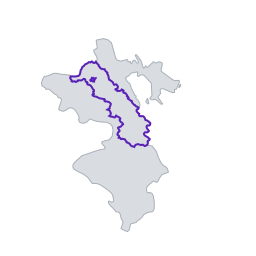 location of Tadzhikistan Territories within Tajikistan, rotated 64°
{"feature_id": "TJK-368", "entity_name": "Tadzhikistan Territories", "entity_type": "Region", "adm_level": 1, "iso_a3": "TJK", "parent_name": "Tajikistan", "parent_adm1": "", "projection": "mercator", "projection_center": [69.993, 38.757], "detail": "fine", "context": "in_parent", "style": "outline", "palette": "violet", "viewbox_px": 256, "rotation_deg": 64, "n_neighbors": 0, "source": "natural_earth", "source_scale": "10m", "svg_char_len": 9252}
<svg xmlns="http://www.w3.org/2000/svg" viewBox="0 0 256 256"><g transform="rotate(64 128 128)"><path d="M45.0,180.2L45.9,178.0L46.3,170.7L47.5,168.2L51.0,163.7L52.9,160.2L54.9,157.4L56.4,156.4L57.8,154.2L58.9,151.7L59.2,150.1L59.1,148.8L58.7,148.0L54.2,143.6L52.8,140.8L52.1,137.3L51.9,134.8L54.3,128.1L53.9,126.9L53.2,125.9L51.8,125.2L49.8,124.9L45.2,125.3L43.5,124.9L43.0,124.4L42.8,121.4L42.4,120.7L41.6,120.1L36.4,118.7L35.4,118.0L35.2,117.3L37.1,110.4L37.9,109.8L39.8,107.5L44.1,105.5L58.0,108.1L60.3,108.4L61.8,108.2L62.9,107.3L64.8,105.1L66.0,98.8L67.2,98.5L68.3,98.9L68.9,98.3L69.3,96.7L69.8,96.6L70.6,97.4L71.5,96.6L71.4,96.0L70.5,95.0L69.6,93.3L70.0,92.2L73.6,91.5L74.0,91.0L73.8,90.0L72.9,89.5L66.0,89.7L65.6,89.2L65.8,88.5L66.3,88.1L73.5,86.8L80.1,87.9L81.2,87.6L79.9,84.8L81.7,84.5L81.9,83.5L79.6,76.0L80.9,75.4L82.1,73.9L82.0,71.1L83.2,69.7L84.5,68.8L86.5,69.7L89.7,72.5L91.7,73.2L101.8,68.0L105.5,65.8L106.1,64.9L107.4,61.5L108.1,61.2L109.1,61.6L114.2,67.4L114.2,68.2L113.7,68.8L113.8,69.4L116.5,70.6L116.5,71.1L115.5,72.8L107.7,79.6L107.4,81.8L108.0,82.5L111.3,83.6L112.9,87.1L114.1,87.5L121.4,86.3L121.5,86.9L121.1,87.9L116.2,89.7L113.9,91.2L113.4,93.8L112.8,94.6L111.8,95.2L110.8,95.3L109.3,92.2L97.7,87.4L87.3,90.7L85.8,93.1L86.3,95.3L86.0,96.3L85.0,96.6L82.0,94.7L81.3,96.3L80.1,101.2L81.3,104.2L81.8,108.5L85.7,108.3L88.9,107.0L90.6,107.0L93.1,107.5L97.5,107.6L101.8,107.5L102.6,106.7L103.5,107.0L104.4,108.0L107.9,106.8L110.5,106.6L113.0,107.3L116.0,112.0L117.6,112.5L122.5,112.0L124.0,109.5L125.2,108.9L128.9,108.2L132.1,106.3L133.6,106.1L134.4,106.7L134.8,107.6L134.4,109.9L135.5,110.7L138.5,110.9L139.9,111.7L139.7,115.3L141.0,116.2L141.7,116.2L146.1,113.9L147.3,113.9L149.8,116.7L151.8,118.3L152.3,118.1L153.1,116.3L154.8,114.3L159.7,113.1L161.6,112.8L167.1,113.6L172.8,113.6L175.8,113.2L178.2,112.0L179.4,111.1L181.4,110.5L185.3,110.9L185.4,112.5L184.7,117.7L186.7,121.5L189.2,124.6L189.4,125.7L189.1,126.5L187.6,127.3L187.0,128.2L186.8,129.2L187.3,130.3L188.2,133.9L189.3,136.8L190.9,138.1L193.3,139.0L194.7,138.8L195.6,136.7L197.2,135.1L200.7,135.1L206.3,137.0L211.8,139.7L213.4,141.2L214.0,142.9L212.5,146.9L212.6,149.4L212.9,152.1L214.2,154.1L215.3,157.5L215.5,160.3L216.5,162.1L215.4,167.3L215.9,168.1L220.3,171.8L220.8,173.8L219.8,175.0L218.1,176.5L215.3,178.4L211.5,174.6L209.8,173.5L206.6,173.9L202.4,172.8L200.2,172.9L198.9,174.2L198.0,175.5L195.9,175.9L188.1,178.4L185.8,178.2L185.2,177.5L185.7,176.6L187.3,175.5L187.7,174.1L187.4,172.8L181.7,171.2L179.3,171.5L175.2,173.1L167.7,177.3L164.4,180.2L162.0,184.5L154.9,185.8L150.0,188.3L144.9,192.3L141.6,194.4L139.9,194.8L138.3,194.4L136.7,193.3L135.1,190.0L132.7,181.5L134.5,167.2L135.5,161.4L136.3,159.3L136.3,157.9L135.6,157.3L134.1,157.3L131.7,158.1L130.0,158.2L129.1,157.7L129.2,155.0L130.4,150.1L128.5,145.9L123.7,142.5L119.5,141.4L116.1,142.4L113.2,145.1L110.9,149.4L108.5,152.9L106.0,155.7L103.7,157.5L103.3,158.7L104.6,162.3L104.5,165.4L103.0,167.8L101.4,169.0L99.6,168.9L98.2,168.3L97.1,167.3L94.3,167.0L89.6,167.5L86.4,168.7L84.7,170.7L84.2,173.4L84.9,176.6L84.5,179.1L81.9,181.8L81.0,182.1L78.9,180.6L75.8,177.3L73.7,175.6L72.5,175.3L71.2,175.8L70.4,177.2L69.4,177.6L68.0,177.3L66.7,177.6L66.0,178.6L63.8,179.8L60.0,181.2L57.9,182.7L57.6,184.2L57.0,184.9L55.8,184.7L52.4,186.8L49.8,186.2L46.8,183.4L45.2,181.1L45.0,180.2ZM115.3,99.2L113.1,100.4L111.9,100.3L110.2,98.0L110.1,97.4L114.4,98.3L115.2,98.6L115.3,99.2ZM114.1,64.4L113.4,64.4L112.1,62.9L111.7,61.9L112.2,61.6L113.3,62.3L114.0,63.6L114.1,64.4Z" fill="#d9dde1" stroke="#a8b0b8" stroke-width="1"/><path d="M133.4,105.8L134.2,106.3L134.6,106.7L135.0,107.2L135.1,107.6L135.0,108.1L134.4,109.0L134.2,109.5L134.7,110.6L135.6,111.0L136.8,111.1L139.2,110.6L139.7,110.5L140.1,110.9L140.3,111.6L140.4,112.4L140.3,113.0L140.0,113.5L139.7,113.8L139.4,114.2L139.4,114.8L139.6,115.4L139.9,115.9L140.3,116.3L140.8,116.4L141.7,116.3L142.6,115.9L144.9,114.3L145.3,114.1L146.2,113.9L147.0,113.4L147.5,113.3L147.9,113.7L148.2,114.3L148.3,115.1L148.3,115.8L148.6,116.2L149.0,116.5L150.1,116.6L150.6,117.0L151.1,117.3L151.2,117.5L151.3,118.0L151.5,118.5L151.7,118.9L151.7,119.6L151.6,120.5L151.6,120.8L151.4,121.0L151.1,121.2L150.2,121.5L149.4,122.1L149.3,122.3L149.2,122.7L149.3,123.3L149.2,123.5L149.0,123.9L147.7,125.2L146.9,126.0L146.7,126.9L146.6,127.5L146.5,127.8L146.5,128.3L146.6,128.7L146.8,129.4L147.1,129.8L147.8,130.6L147.1,131.1L146.7,131.8L146.4,132.2L145.7,132.8L144.8,133.2L143.7,133.3L142.6,133.5L142.3,133.8L141.7,134.4L141.0,134.6L140.8,134.8L140.5,135.4L140.3,135.6L140.2,135.6L139.9,135.4L139.6,135.3L138.2,135.7L137.5,135.7L137.1,135.7L136.8,135.8L136.1,136.7L135.8,137.3L135.3,137.6L135.1,137.8L135.1,138.0L135.1,138.9L135.0,139.1L134.8,139.3L134.6,139.4L133.9,139.3L133.5,139.4L133.3,139.6L133.0,140.0L132.7,140.7L132.6,140.8L132.5,140.7L132.2,140.2L131.9,139.9L131.6,139.7L131.3,139.6L130.9,139.7L129.8,140.3L129.5,140.4L129.2,140.4L128.4,139.6L127.8,139.1L127.6,138.8L127.4,138.3L127.4,137.7L127.2,137.3L127.0,136.9L126.7,136.7L126.4,136.7L125.2,136.9L124.1,137.0L123.4,136.8L123.2,136.4L123.2,136.1L123.5,135.3L123.5,134.6L123.6,133.9L123.5,133.5L122.8,132.1L122.7,131.8L122.6,131.6L122.7,131.0L122.6,130.8L122.2,130.7L121.3,130.8L120.1,131.3L119.3,131.9L119.0,132.0L118.7,132.0L117.9,132.0L117.2,132.1L116.9,131.9L116.6,131.2L116.3,130.8L116.0,130.7L114.4,131.4L114.0,131.6L112.7,132.8L112.3,133.0L111.6,133.3L111.7,133.6L112.4,134.1L112.6,134.4L112.7,134.8L112.7,135.2L112.3,135.9L112.0,136.2L110.9,137.2L110.4,138.2L110.2,138.5L109.0,139.5L108.8,138.6L108.5,138.0L107.4,137.2L107.2,136.9L105.6,136.9L104.4,136.9L104.0,137.0L103.2,137.7L102.4,138.6L102.3,138.3L102.5,136.9L102.5,136.5L102.4,136.0L101.4,135.5L100.8,134.9L100.5,134.5L99.3,133.2L99.0,133.0L98.5,132.8L98.2,132.9L96.7,133.5L96.4,133.8L94.9,135.3L94.1,136.9L93.7,137.1L93.3,137.3L93.0,137.2L92.9,137.2L92.5,136.6L92.2,136.4L91.8,136.4L91.7,136.5L89.1,140.2L88.1,141.2L86.9,142.0L86.5,142.4L86.0,142.7L85.9,142.8L85.7,143.2L85.5,143.4L85.2,143.8L84.8,144.3L84.0,145.1L83.6,145.3L83.3,145.4L82.6,145.4L82.4,145.3L82.3,145.1L82.2,144.8L82.2,144.6L82.6,144.1L82.6,143.8L82.2,143.6L80.2,143.5L80.1,142.8L79.8,142.3L79.5,142.1L79.0,142.0L77.8,142.5L74.5,142.7L72.9,143.3L72.3,143.7L71.9,144.5L71.6,144.9L71.3,145.1L70.4,145.3L70.1,145.3L69.8,144.7L69.4,144.5L68.8,144.6L68.3,145.3L67.8,145.6L67.4,145.6L66.6,145.5L65.7,145.2L65.3,145.3L64.9,145.6L64.5,146.1L64.4,146.4L64.7,147.9L64.8,148.8L64.7,149.3L64.6,149.5L63.6,151.2L63.2,152.1L63.2,152.3L63.9,152.7L63.9,152.8L63.8,153.4L63.7,154.6L63.7,154.9L63.6,155.0L62.8,155.3L62.5,155.7L62.3,156.4L61.9,157.8L61.6,158.0L61.0,158.2L60.9,158.1L60.7,157.9L60.5,157.7L58.3,158.1L57.7,158.1L57.1,157.5L56.5,157.0L56.7,156.8L56.9,156.4L57.2,155.4L57.5,154.8L58.4,153.4L59.0,151.7L59.4,149.9L59.3,148.8L58.7,147.8L56.8,146.2L55.6,145.5L55.2,145.0L54.3,143.4L53.3,142.5L53.1,142.1L53.0,141.6L53.0,140.7L52.8,140.2L52.3,139.3L52.1,138.9L52.0,138.2L52.1,136.5L52.0,135.9L51.7,134.7L51.7,134.2L51.9,133.7L52.5,133.3L52.6,133.1L52.6,132.7L52.4,132.2L52.3,131.9L52.4,131.2L52.6,131.1L53.1,131.1L53.6,130.9L54.0,130.7L54.4,130.4L54.7,130.0L54.9,129.5L54.9,128.8L54.7,128.2L54.4,127.8L55.1,127.6L56.3,127.6L56.7,127.5L58.0,126.9L58.4,126.8L58.7,126.8L59.6,127.2L60.9,126.6L61.6,126.7L62.1,126.6L62.9,126.2L63.2,125.9L63.5,125.2L64.3,124.7L64.7,123.4L64.9,123.2L65.0,123.2L66.7,123.3L68.9,122.4L69.3,122.3L69.5,122.7L69.7,122.8L70.0,122.9L71.4,122.7L72.8,122.9L74.3,123.3L74.9,123.5L76.2,123.8L76.9,123.4L77.5,122.9L79.3,122.0L79.8,121.7L80.2,121.6L82.9,121.7L83.1,121.5L83.2,121.4L83.3,120.3L83.4,119.8L83.5,119.6L83.8,119.3L84.3,119.2L86.3,118.9L86.6,119.0L87.4,119.8L87.6,120.0L87.8,120.6L87.8,121.0L87.6,122.1L87.7,122.4L87.9,122.5L88.0,122.5L88.6,121.9L89.0,121.7L89.8,121.5L90.1,121.3L90.2,121.2L90.1,120.9L90.1,120.5L90.7,120.0L90.9,119.7L91.1,119.1L91.2,117.9L91.1,117.4L90.7,117.0L90.6,116.7L92.2,115.7L92.7,115.6L93.1,116.3L93.7,116.6L93.9,116.6L94.4,116.4L94.9,116.1L95.4,115.2L95.7,114.9L98.3,114.5L98.5,114.5L98.7,114.9L98.9,115.1L99.1,115.1L99.8,114.5L100.4,114.2L100.8,114.2L101.1,114.2L101.2,114.3L101.3,114.6L101.3,115.1L101.4,115.3L101.5,115.3L102.1,114.8L104.6,113.6L104.8,113.4L105.0,113.0L105.2,112.8L105.4,112.7L105.7,112.7L106.1,113.1L106.4,113.1L107.3,113.1L109.8,112.3L110.1,112.3L110.4,112.1L110.6,111.6L112.0,111.3L112.5,111.1L112.8,110.6L112.9,110.3L113.3,110.1L114.2,109.5L114.4,109.7L115.0,109.9L115.2,110.2L115.4,110.6L115.2,111.4L115.2,111.8L115.6,112.4L116.2,112.8L116.9,112.9L117.6,112.8L118.3,112.4L118.6,112.3L119.2,112.4L119.4,112.3L119.6,112.0L120.1,111.7L120.6,112.0L121.2,112.4L121.9,112.5L122.6,112.1L123.1,111.3L123.4,110.3L123.9,109.4L124.7,108.9L125.7,108.6L126.7,108.6L128.1,108.8L128.4,108.8L128.6,108.7L129.4,107.8L129.7,107.5L130.5,107.1L131.2,106.5L132.1,106.3L132.9,105.9L133.4,105.8ZM69.9,137.2L69.8,136.7L69.6,136.3L69.4,135.9L69.2,135.4L69.0,135.2L68.9,135.4L68.9,135.8L69.0,136.4L68.9,136.8L68.2,137.1L67.7,137.2L67.6,137.5L67.8,138.1L67.2,138.5L67.4,138.7L67.9,138.4L68.1,138.8L67.9,139.2L68.2,139.5L68.1,140.0L68.2,140.6L68.6,141.0L69.1,140.9L69.5,140.8L69.6,140.5L69.5,140.0L70.2,139.4L70.9,139.1L71.0,138.7L71.3,138.3L70.9,138.2L70.8,137.8L70.4,137.7L70.1,137.6L70.1,137.2L69.9,137.2Z" fill="none" stroke="#5b21b6" stroke-width="2"/></g></svg>